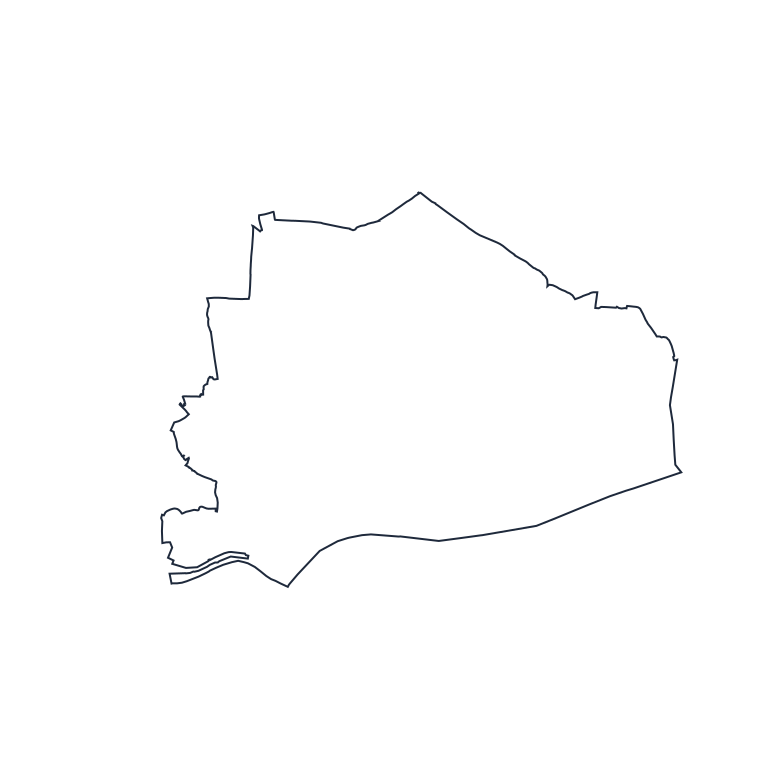 the district of Somova, Tulcea, Romania, rotated 155°
{"feature_id": "2599482B80721058448437", "entity_name": "Somova", "entity_type": "district", "adm_level": 2, "iso_a3": "ROU", "parent_name": "Romania", "parent_adm1": "Tulcea", "projection": "mercator", "projection_center": [28.654, 45.188], "detail": "fine", "context": "isolated", "style": "outline", "palette": "slate", "viewbox_px": 768, "rotation_deg": 155, "n_neighbors": 0, "source": "geoboundaries", "source_scale": "gbopen_adm2", "svg_char_len": 6082}
<svg xmlns="http://www.w3.org/2000/svg" viewBox="0 0 768 768"><g transform="rotate(155 384 384)"><path d="M556.9,240.8L555.1,242.2L553.5,243.0L542.8,247.9L512.8,259.9L492.4,261.1L482.4,259.8L480.3,259.4L467.8,256.3L459.4,253.2L435.3,239.6L434.3,239.2L433.7,239.0L400.7,218.6L379.1,211.8L360.1,205.9L359.0,205.5L305.8,191.0L284.8,189.8L248.9,188.1L226.6,186.8L209.7,185.0L202.0,183.9L151.9,178.3L152.1,179.3L154.1,187.7L150.8,196.5L144.9,211.3L139.1,225.4L133.8,244.0L129.5,250.7L123.5,259.3L108.0,282.1L109.1,282.2L111.0,282.8L110.9,284.3L110.5,286.2L110.3,286.4L109.5,286.5L109.2,286.6L109.0,287.1L108.4,289.6L107.2,296.8L107.1,298.9L107.1,302.0L107.2,303.5L107.8,304.8L108.1,306.0L108.5,306.8L110.7,308.4L111.1,308.6L112.7,308.9L113.1,309.3L113.7,310.2L114.0,310.5L116.7,311.8L117.0,314.4L118.2,321.8L119.4,327.0L119.5,327.9L119.4,328.5L119.6,330.0L119.8,331.8L119.7,338.1L120.0,343.4L120.0,343.8L120.5,344.9L121.4,346.2L123.0,347.4L125.2,348.7L127.8,350.3L130.7,352.0L131.2,351.5L132.3,350.1L133.5,350.9L134.2,351.2L136.8,352.0L139.0,353.6L140.3,355.6L141.5,355.1L150.1,359.8L154.6,362.1L157.4,361.9L160.4,363.6L158.6,366.6L154.7,372.6L151.9,377.0L155.3,378.6L157.4,379.1L159.1,379.2L160.1,379.0L162.3,379.3L166.5,379.7L167.4,379.6L170.5,379.7L175.0,380.1L175.6,384.1L175.8,384.9L176.5,386.0L176.9,386.9L177.3,387.5L178.2,388.6L179.0,389.3L180.5,391.5L182.0,393.1L182.6,393.6L183.4,394.6L184.9,396.4L186.4,398.8L187.3,399.9L189.3,402.2L191.9,403.9L192.3,404.1L192.6,404.1L194.6,403.5L193.9,404.6L193.5,405.5L193.0,407.0L192.5,408.2L192.2,409.1L192.0,410.0L192.2,412.5L192.3,413.2L192.7,414.4L193.4,415.7L193.6,416.2L193.7,417.5L193.9,418.1L194.9,420.2L195.4,421.2L197.2,423.2L198.3,425.0L199.3,425.9L199.6,426.4L202.0,431.3L202.5,432.8L203.1,434.0L203.4,434.6L204.2,435.8L207.5,440.1L211.2,445.4L211.0,446.0L214.0,451.1L215.7,454.5L217.9,459.0L219.8,462.0L221.8,464.5L234.3,478.3L237.0,482.2L240.0,487.4L241.0,488.9L242.0,490.9L244.2,495.4L248.4,502.5L254.4,513.2L260.0,523.5L261.1,525.2L261.0,526.0L263.6,529.0L269.9,541.5L270.0,541.8L270.9,542.1L271.3,542.4L271.7,542.7L272.1,543.6L272.2,541.8L276.3,541.3L280.6,540.2L282.1,540.0L284.0,539.7L286.3,539.6L291.2,538.7L293.1,538.3L299.2,537.3L304.0,536.2L307.0,535.9L308.5,535.8L320.8,534.2L320.7,534.1L326.1,535.0L326.4,535.2L331.0,536.0L333.4,535.9L334.7,536.1L338.2,537.1L341.0,537.3L342.7,537.3L344.5,536.3L345.4,536.2L346.3,536.3L347.1,536.5L349.0,538.5L349.4,538.8L349.4,539.3L354.8,542.9L371.5,555.3L372.9,556.7L382.4,562.5L395.8,569.6L398.3,570.8L413.2,578.7L413.4,578.9L413.4,579.2L411.4,586.3L411.4,586.7L412.5,587.0L415.3,587.3L419.4,588.0L420.9,588.3L425.9,589.7L426.9,587.8L427.2,587.1L427.4,586.7L428.1,583.4L428.6,581.0L429.4,575.3L429.6,575.0L430.8,575.2L431.6,574.8L431.8,574.7L432.8,576.8L433.0,577.1L435.7,582.3L436.3,582.9L436.4,581.2L436.9,580.1L439.9,574.2L446.0,563.2L446.5,562.3L446.9,561.7L449.2,557.8L450.5,555.6L452.0,552.7L454.1,548.9L454.8,547.5L456.9,543.6L458.6,540.1L458.6,539.7L464.2,528.9L468.5,521.1L470.6,518.3L474.2,519.9L477.1,521.1L488.2,526.8L490.7,528.6L497.1,531.9L501.3,533.9L505.3,535.4L508.1,536.4L508.4,534.5L508.7,532.8L508.9,531.2L509.0,530.5L509.3,529.9L510.0,528.3L512.1,526.3L513.3,524.3L513.9,523.7L514.8,522.2L515.2,521.3L515.4,520.2L515.5,519.6L515.5,518.1L515.7,516.9L516.7,515.5L517.4,514.0L518.3,511.7L518.5,511.1L518.6,508.4L518.9,506.4L518.9,505.5L518.8,504.7L519.0,504.7L519.2,503.3L523.9,488.1L526.8,478.6L531.3,462.9L532.6,458.9L535.4,459.6L536.0,460.0L536.5,460.4L536.8,462.7L538.0,462.9L538.1,463.6L538.8,464.1L539.0,464.1L539.6,463.6L540.7,463.2L541.1,462.8L541.9,461.7L543.2,460.3L544.0,459.0L544.1,458.7L544.6,458.7L545.3,458.9L546.5,458.8L547.6,458.5L548.3,458.2L548.8,457.5L549.7,455.3L550.6,454.8L551.0,453.9L552.4,450.8L554.0,451.4L554.0,452.1L554.4,452.1L554.8,451.3L555.5,451.4L555.9,450.3L556.2,450.3L559.3,452.0L563.0,453.7L570.1,457.2L571.4,457.7L571.8,457.5L571.9,454.4L572.4,451.1L572.5,450.3L573.0,450.5L573.6,450.4L573.9,449.9L573.6,448.9L574.2,448.8L575.2,448.8L576.2,449.6L576.2,451.1L576.7,452.5L577.4,452.2L577.9,451.7L575.3,444.9L574.7,442.8L574.5,441.6L573.7,439.1L577.7,437.8L579.1,437.5L583.9,437.1L585.9,437.1L589.7,437.7L590.4,437.8L596.9,432.1L594.8,429.4L595.4,427.8L595.5,427.0L596.0,422.2L596.6,419.1L597.1,417.5L598.1,414.6L598.5,412.8L598.5,411.3L598.1,408.4L597.7,406.6L597.6,404.0L597.3,403.9L595.7,403.8L595.6,403.5L597.1,403.1L596.8,401.7L596.8,400.4L596.4,399.8L596.1,398.9L595.9,398.8L594.5,399.3L592.2,399.6L592.3,398.9L594.1,397.1L595.6,395.3L598.2,394.1L596.1,391.5L595.8,390.7L596.0,390.6L595.8,390.3L595.6,390.4L595.2,389.7L594.8,389.0L594.4,387.9L594.1,387.4L594.4,386.7L593.5,386.1L593.2,385.6L592.6,385.3L592.5,384.6L591.3,382.2L591.2,381.4L590.7,381.1L587.9,377.7L587.0,376.7L585.7,375.3L580.7,370.4L580.0,369.0L577.8,367.3L577.3,366.4L577.5,365.5L579.2,363.5L579.6,362.2L580.4,360.9L581.3,359.9L582.9,357.2L583.5,354.4L583.5,351.1L584.8,346.8L587.6,341.5L589.3,339.0L590.3,339.8L589.2,342.2L595.6,345.0L597.3,346.1L598.4,347.2L600.4,349.4L601.5,350.1L602.5,350.3L602.9,350.2L603.6,349.9L604.7,348.7L605.5,348.1L606.4,348.3L607.7,349.2L609.3,350.2L610.8,350.5L613.7,351.0L617.3,351.8L621.5,351.8L622.0,352.1L622.2,353.8L622.7,355.4L623.3,356.8L624.1,358.0L625.5,359.1L626.7,359.8L628.4,360.2L630.7,360.5L634.4,360.5L636.4,360.0L639.0,358.0L640.4,359.3L642.6,356.7L642.9,353.3L647.4,344.6L652.1,333.5L648.2,332.5L644.8,331.0L645.1,325.3L653.2,317.8L649.3,313.0L651.9,310.5L641.2,301.0L630.8,296.9L618.1,297.7L617.3,298.8L616.0,298.6L616.0,298.0L610.1,298.3L600.3,298.1L595.9,297.3L593.4,296.3L581.7,289.1L581.5,287.3L579.5,285.7L581.2,283.3L595.8,292.4L608.2,293.0L610.1,292.5L612.6,293.6L618.3,293.7L621.6,293.1L631.1,293.1L635.2,294.0L636.1,294.6L639.5,294.7L643.6,296.1L643.8,296.4L658.5,302.7L660.9,292.9L659.9,292.7L655.5,290.7L651.1,289.3L646.0,288.6L633.5,287.8L625.5,287.9L621.8,288.1L620.8,288.4L613.7,288.4L606.1,288.1L597.1,286.8L590.9,285.4L586.2,281.7L583.1,279.0L578.4,272.8L575.1,266.5L571.8,259.7L568.8,254.9L565.5,251.4L562.1,247.0L556.9,240.8Z" fill="none" stroke="#1e293b" stroke-width="2"/></g></svg>